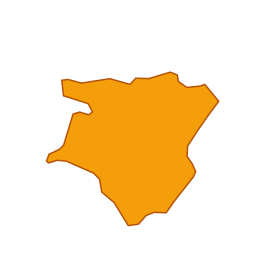 the Unitary District of West Lothian, rotated 35°
{"feature_id": "GBR-2025", "entity_name": "West Lothian", "entity_type": "Unitary District", "adm_level": 1, "iso_a3": "GBR", "parent_name": "United Kingdom", "parent_adm1": "", "projection": "orthographic", "projection_center": [-3.588, 55.888], "detail": "fine", "context": "isolated", "style": "filled", "palette": "amber", "viewbox_px": 256, "rotation_deg": 35, "n_neighbors": 0, "source": "natural_earth", "source_scale": "10m", "svg_char_len": 712}
<svg xmlns="http://www.w3.org/2000/svg" viewBox="0 0 256 256"><g transform="rotate(35 128 128)"><path d="M165.9,48.2L187.0,54.1L187.0,54.3L186.9,57.0L186.5,73.1L186.5,88.2L187.2,108.7L192.6,117.3L201.1,120.5L208.4,124.8L209.6,130.2L207.9,161.5L207.9,175.5L197.7,182.2L193.1,189.2L191.7,200.8L184.2,207.8L159.5,197.1L143.4,195.6L133.9,186.2L125.8,184.7L96.6,190.5L88.8,194.8L82.9,202.2L80.2,201.8L79.3,198.4L78.4,194.8L84.1,184.7L85.1,178.9L75.0,148.0L79.3,142.7L88.2,139.7L89.7,135.2L81.4,130.9L56.7,138.6L46.4,126.9L50.9,122.7L64.1,117.9L84.9,98.0L104.6,91.1L105.8,82.8L116.8,75.5L130.6,58.0L137.9,56.3L142.7,61.0L153.0,61.0L163.2,52.1L165.9,48.2Z" fill="#f59e0b" stroke="#b45309" stroke-width="1.5"/></g></svg>